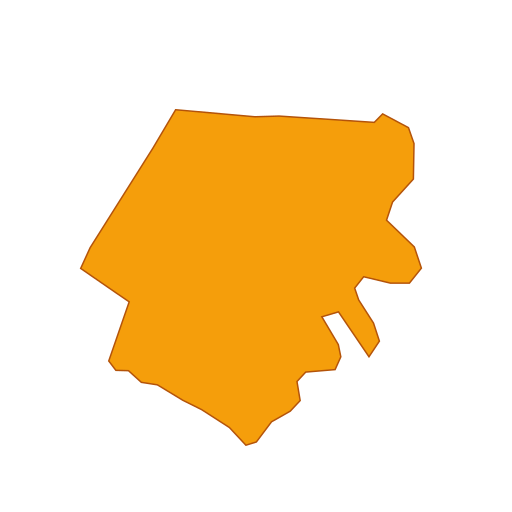 Carlos Gomes, Rio Grande do Sul, Brazil (Robinson projection), rotated 22°
{"feature_id": "56859067B78696216867295", "entity_name": "Carlos Gomes", "entity_type": "district", "adm_level": 2, "iso_a3": "BRA", "parent_name": "Brazil", "parent_adm1": "Rio Grande do Sul", "projection": "robinson", "projection_center": [-51.914, -27.704], "detail": "fine", "context": "isolated", "style": "filled", "palette": "amber", "viewbox_px": 512, "rotation_deg": 22, "n_neighbors": 0, "source": "geoboundaries", "source_scale": "gbopen_adm2", "svg_char_len": 715}
<svg xmlns="http://www.w3.org/2000/svg" viewBox="0 0 512 512"><g transform="rotate(22 256 256)"><path d="M349.3,79.9L320.2,76.8L315.6,87.8L225.0,117.6L202.9,127.3L126.7,150.5L120.0,194.6L99.1,310.4L98.1,333.2L140.5,342.7L155.6,346.0L158.8,408.5L168.9,414.5L180.7,410.1L197.0,416.1L212.8,412.4L242.3,417.2L263.1,418.8L295.6,425.0L317.5,435.2L326.0,428.3L332.5,403.9L345.9,387.0L351.1,373.5L341.0,357.0L345.6,345.0L371.9,331.7L372.4,317.7L365.5,307.3L339.8,287.7L353.4,276.9L398.5,307.1L402.3,288.7L390.1,274.2L367.7,258.3L359.5,248.8L363.6,234.9L390.8,230.8L408.4,223.7L413.9,205.3L399.4,188.3L363.6,173.9L362.4,154.8L373.1,125.7L360.4,92.6L349.3,79.9Z" fill="#f59e0b" stroke="#b45309" stroke-width="1.5"/></g></svg>